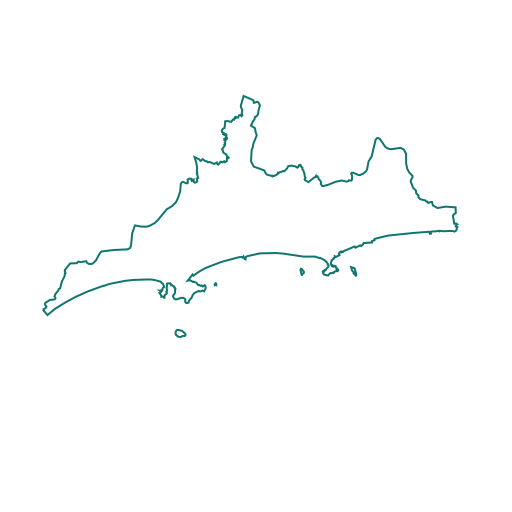 the district of Laem Sing, Chanthaburi, Thailand, rotated 308°
{"feature_id": "78962969B29743694445242", "entity_name": "Laem Sing", "entity_type": "district", "adm_level": 2, "iso_a3": "THA", "parent_name": "Thailand", "parent_adm1": "Chanthaburi", "projection": "albers", "projection_center": [102.119, 12.455], "detail": "fine", "context": "isolated", "style": "outline", "palette": "teal", "viewbox_px": 512, "rotation_deg": 308, "n_neighbors": 0, "source": "geoboundaries", "source_scale": "gbopen_adm2", "svg_char_len": 6145}
<svg xmlns="http://www.w3.org/2000/svg" viewBox="0 0 512 512"><g transform="rotate(308 256 256)"><path d="M378.5,162.2L375.4,160.1L377.1,158.0L374.5,147.7L365.3,151.4L363.9,152.6L362.6,155.4L359.8,156.8L358.3,158.7L357.2,158.4L357.8,157.3L356.5,156.0L354.0,156.5L353.3,155.8L353.3,154.7L352.0,154.9L352.0,154.1L349.9,154.8L349.4,153.8L346.4,153.8L344.7,150.3L343.2,148.8L337.5,152.4L335.7,151.5L333.5,152.0L332.7,153.3L333.1,154.8L331.7,155.1L332.1,156.9L333.4,157.0L333.5,157.8L332.1,159.0L331.3,159.0L331.3,159.9L330.6,161.0L329.2,160.7L329.2,159.1L328.7,158.9L327.9,159.5L328.3,160.7L327.0,161.5L325.9,161.6L325.7,162.5L324.8,163.0L324.3,163.1L324.0,162.7L323.3,163.5L319.2,163.5L318.8,164.8L317.4,166.5L317.7,170.1L316.9,171.2L316.8,173.9L316.1,174.1L315.5,172.7L312.7,174.6L310.7,173.6L311.0,172.6L309.0,171.9L308.8,170.3L307.2,169.8L306.5,170.2L304.7,169.9L304.8,168.0L305.4,167.5L302.8,166.4L301.6,161.7L300.3,160.6L300.3,158.8L299.5,157.7L299.5,154.4L296.9,153.9L297.1,151.2L296.1,146.7L292.4,151.9L288.8,155.7L286.4,157.1L285.3,158.6L284.7,158.5L282.0,162.3L280.6,161.6L279.0,163.4L278.2,163.7L276.9,163.3L276.0,162.4L276.1,161.3L277.7,159.9L275.6,159.3L275.7,158.8L277.1,157.7L276.0,155.8L274.1,155.1L271.7,157.2L271.1,157.2L270.3,156.2L269.6,152.9L268.0,152.1L266.4,152.4L260.4,156.4L253.8,158.8L249.1,159.8L243.8,159.2L237.9,156.9L224.0,156.5L219.7,155.9L214.9,153.9L211.8,151.8L208.3,147.1L205.6,141.8L197.6,144.5L187.1,151.2L184.4,151.8L182.0,150.5L173.5,140.6L164.4,131.4L161.7,131.2L154.3,132.6L150.1,132.1L148.3,131.3L146.8,129.0L146.7,127.1L147.3,125.3L143.2,121.6L142.2,119.5L139.9,119.1L135.7,114.1L127.2,114.0L126.4,115.0L125.9,115.0L125.3,116.4L124.5,116.2L122.3,117.6L116.5,118.7L109.9,121.6L108.4,120.9L107.1,121.5L102.6,121.3L100.1,122.1L99.5,123.8L98.8,124.2L97.5,123.8L94.5,120.7L89.2,118.8L87.8,119.6L87.0,122.2L85.3,122.3L83.3,121.3L82.8,122.1L82.3,122.1L81.1,128.0L90.5,130.1L102.1,134.4L112.7,139.0L124.6,145.3L138.7,154.1L138.7,154.4L144.1,158.0L155.9,168.2L162.0,174.5L172.2,186.8L174.3,190.2L176.9,196.2L176.7,200.0L175.1,202.7L173.3,202.2L171.2,203.3L169.7,201.6L170.0,203.1L169.3,202.9L168.8,203.3L167.5,202.6L166.6,205.3L165.6,206.6L166.5,207.2L167.0,208.6L166.1,210.1L168.9,208.1L171.1,208.8L172.0,208.6L172.5,207.3L173.9,207.4L175.2,205.8L179.5,202.9L181.6,205.0L180.9,206.8L181.4,206.9L181.0,208.4L181.6,210.2L180.8,211.0L181.1,211.5L180.4,212.9L179.6,212.9L177.1,215.0L173.6,215.1L172.9,215.7L172.0,218.1L172.3,219.2L173.2,220.4L176.8,222.6L178.4,224.7L178.3,227.0L176.3,228.4L176.0,229.3L176.1,230.2L177.8,231.6L178.9,230.8L183.9,230.9L186.3,230.1L189.1,230.3L193.2,232.4L193.4,233.5L194.2,234.3L195.8,235.0L196.2,236.9L199.8,236.1L201.2,234.6L201.4,233.5L199.3,232.9L199.3,231.2L198.4,230.7L198.2,229.1L197.5,228.5L198.2,225.2L197.2,222.3L196.7,222.2L196.3,218.7L195.8,218.7L195.6,218.0L194.7,217.4L202.4,217.4L201.9,218.7L209.8,221.2L215.4,223.6L229.8,232.2L244.2,243.0L246.5,245.3L246.3,246.3L246.8,246.7L247.8,246.5L246.8,248.7L247.2,248.8L247.1,249.6L249.0,248.5L250.6,249.3L260.6,257.6L270.7,270.0L274.8,276.2L284.7,293.7L292.0,303.1L293.5,307.5L294.0,307.7L294.9,312.2L294.7,315.5L294.1,317.2L293.4,317.8L293.8,318.3L292.8,319.3L291.5,319.7L289.7,319.3L288.1,319.6L287.5,318.8L286.1,319.3L285.9,318.3L285.1,318.2L284.8,319.0L283.7,319.4L283.3,321.2L284.9,324.7L288.3,325.1L289.0,326.2L290.5,327.0L290.5,327.6L291.6,327.5L293.2,328.2L294.1,329.5L295.2,329.8L295.9,328.8L295.2,327.9L295.3,327.2L296.3,326.8L296.3,325.0L296.9,324.8L296.2,323.2L295.1,323.3L295.1,322.9L296.0,322.7L295.8,322.0L294.9,322.3L294.8,322.0L295.6,320.3L297.1,319.1L299.7,318.2L301.9,319.0L302.2,318.5L303.5,318.9L304.3,318.2L304.4,319.5L308.1,321.3L308.9,319.8L309.7,320.1L310.4,319.6L312.0,320.3L311.6,321.2L312.9,322.1L313.3,321.8L324.3,327.9L323.8,329.2L328.6,331.6L328.5,332.7L330.8,333.2L332.5,332.8L338.0,339.1L339.4,338.2L341.2,339.7L341.9,339.0L342.8,339.1L353.2,347.3L371.3,366.1L381.7,377.5L380.6,379.4L381.4,380.1L382.2,378.8L383.1,379.0L386.7,383.1L388.1,384.1L388.4,385.4L388.9,385.3L391.1,388.7L395.3,393.6L396.9,395.9L397.3,397.2L398.7,398.0L400.5,397.8L401.5,397.0L402.7,396.9L402.3,395.1L403.6,394.7L404.9,395.1L404.8,393.6L403.5,392.3L409.1,386.3L411.3,386.4L412.8,387.0L417.2,383.3L411.7,375.1L405.5,369.4L404.8,364.2L406.9,361.4L406.1,360.3L403.8,359.2L404.4,357.5L403.7,356.8L404.1,355.3L401.9,350.5L402.3,347.9L403.6,346.7L404.1,343.6L406.1,341.6L406.4,337.9L410.0,332.0L411.1,331.3L414.4,330.9L415.4,330.2L416.2,325.2L417.8,321.5L421.4,317.3L428.9,311.4L430.9,306.9L430.2,303.3L423.8,297.2L422.7,295.7L421.9,293.7L421.6,290.6L424.4,281.9L424.3,279.9L423.2,278.7L421.2,278.7L405.5,285.9L399.8,286.5L392.4,290.3L390.3,290.5L387.0,289.8L383.6,288.0L382.9,286.8L381.4,281.2L380.4,280.2L379.3,280.4L378.5,282.3L375.1,284.7L374.0,284.6L372.9,282.6L372.0,282.7L370.5,281.8L368.2,277.0L363.3,272.9L356.7,269.1L352.4,265.9L351.9,265.1L352.7,262.6L354.0,262.1L354.9,260.3L355.2,258.2L356.2,256.6L356.0,255.6L356.5,255.2L355.6,254.4L355.9,254.0L354.7,254.2L353.9,253.6L346.4,251.8L346.0,247.7L346.5,246.9L348.0,247.0L348.9,245.2L350.8,243.4L352.6,240.5L352.9,239.1L354.1,238.3L354.3,235.9L355.0,235.5L355.0,234.5L353.6,233.9L351.9,234.5L351.0,234.1L350.8,231.8L349.1,228.3L346.6,226.1L344.2,226.6L340.1,226.1L339.7,225.0L337.4,223.9L336.4,222.9L335.0,222.8L334.9,222.1L334.2,222.6L331.9,221.9L329.9,220.7L329.4,219.5L328.7,219.6L328.8,218.9L326.9,214.8L326.9,213.4L328.5,209.7L325.1,199.2L327.6,193.7L336.9,187.3L339.2,186.7L343.1,184.7L351.6,182.3L353.1,179.8L356.1,176.5L355.6,171.7L359.8,170.8L362.7,170.7L364.9,169.5L366.6,170.5L368.9,170.3L372.2,168.4L377.1,166.4L378.3,163.7L378.5,162.2ZM150.1,249.2L150.9,248.6L151.2,247.7L151.5,243.8L149.6,239.8L148.7,239.1L147.1,239.2L145.2,240.5L144.5,241.7L144.5,244.3L145.5,246.3L148.0,247.6L149.2,249.1L150.1,249.2ZM303.8,345.6L307.0,341.2L305.8,337.8L303.7,340.6L303.2,343.3L302.4,343.6L302.0,346.8L302.6,346.8L303.8,345.6ZM273.0,303.5L273.9,300.0L273.6,299.3L272.3,299.7L268.8,304.2L270.2,303.6L272.1,304.1L273.0,303.5ZM209.6,240.9L207.9,241.0L207.6,241.6L208.8,241.9L208.8,242.4L209.8,241.6L209.6,240.9Z" fill="none" stroke="#0f766e" stroke-width="2"/></g></svg>